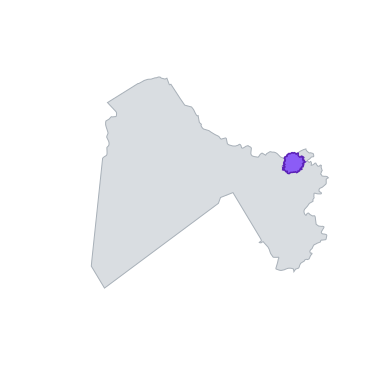 Sikasso, Sikasso, Mali (highlighted), rotated 239°
{"feature_id": "8926073B43266503533040", "entity_name": "Sikasso", "entity_type": "district", "adm_level": 2, "iso_a3": "MLI", "parent_name": "Mali", "parent_adm1": "Sikasso", "projection": "robinson", "projection_center": [-5.843, 11.532], "detail": "fine", "context": "in_parent", "style": "filled", "palette": "violet", "viewbox_px": 384, "rotation_deg": 239, "n_neighbors": 0, "source": "geoboundaries", "source_scale": "gbopen_adm2", "svg_char_len": 7976}
<svg xmlns="http://www.w3.org/2000/svg" viewBox="0 0 384 384"><g transform="rotate(239 192 192)"><path d="M84.0,278.6L84.1,277.3L83.1,276.5L83.1,276.0L83.7,272.4L83.6,271.4L84.0,269.6L83.4,268.7L83.3,268.1L81.7,265.8L81.3,263.7L80.5,262.4L78.7,262.0L78.0,263.1L77.6,263.3L76.9,262.5L76.7,261.8L76.7,261.2L74.4,258.0L74.5,256.3L75.4,255.4L75.7,253.9L74.9,252.3L75.0,250.6L74.9,248.4L73.6,246.4L72.7,245.5L71.9,244.2L72.5,241.0L71.2,238.3L73.7,239.3L75.0,238.3L76.1,237.0L77.1,235.2L77.6,232.9L77.8,231.0L78.9,227.9L80.1,226.5L82.7,224.4L83.4,224.6L87.5,229.1L89.9,231.3L90.7,232.5L91.5,232.6L92.7,230.4L93.9,228.5L94.4,228.0L98.6,227.7L100.8,228.1L102.7,228.6L105.5,228.8L112.8,227.4L112.9,226.5L112.8,225.4L113.1,224.6L113.7,223.9L114.2,223.7L114.4,226.3L115.0,226.6L116.7,226.8L170.4,226.8L172.6,213.6L168.7,208.8L154.7,67.5L180.3,67.5L184.7,70.7L267.0,132.8L267.4,134.8L267.4,137.5L268.0,138.4L269.2,139.3L273.9,141.9L274.2,142.5L274.4,143.6L275.0,144.9L276.0,145.7L277.1,146.3L278.5,146.7L282.8,147.1L283.7,147.7L285.5,150.2L286.5,150.7L292.2,152.0L294.1,152.6L296.1,153.8L297.2,154.8L297.2,158.6L298.0,161.1L298.0,161.8L297.1,162.8L296.9,163.5L295.9,165.5L296.1,166.3L298.1,167.8L299.1,168.2L300.2,168.2L312.2,165.6L312.8,201.6L312.4,202.2L312.2,208.6L311.3,212.3L309.8,215.1L308.9,219.2L308.3,220.0L307.9,222.4L307.0,223.8L305.5,224.3L302.7,227.0L302.5,229.1L296.0,227.9L295.6,228.0L295.3,228.2L295.2,229.4L278.4,230.0L270.2,230.5L265.1,235.4L261.8,235.8L257.6,235.4L255.4,235.4L254.6,235.7L254.4,236.6L247.8,234.1L245.3,234.9L244.9,234.6L244.6,234.1L243.3,233.8L241.4,233.9L240.1,234.3L235.9,238.1L233.6,239.1L229.4,241.3L226.4,243.3L225.3,243.7L223.7,243.8L222.3,244.2L221.1,248.6L220.3,249.0L215.2,247.2L214.2,247.5L213.3,248.0L210.5,250.6L209.1,252.7L208.4,255.4L208.5,257.2L208.0,257.7L206.7,257.9L204.4,257.3L203.7,257.6L203.3,258.9L203.4,261.9L202.9,263.9L201.5,264.5L200.4,265.3L199.6,265.5L198.9,265.4L194.8,262.3L193.4,261.9L191.9,262.2L190.4,263.5L187.8,266.6L188.1,267.7L188.8,269.0L189.3,270.6L189.3,272.1L185.6,274.1L186.4,275.6L186.4,279.7L184.6,281.6L184.0,282.8L182.4,284.1L180.9,284.8L176.4,285.9L174.6,287.2L173.7,288.3L173.5,289.4L173.7,290.7L174.6,293.4L174.3,295.8L173.6,298.7L172.9,300.0L170.7,301.4L171.1,303.3L171.2,306.0L170.9,309.4L170.3,311.8L169.8,311.5L167.7,311.6L165.5,312.4L164.8,313.0L164.6,313.8L162.7,315.6L161.5,315.5L160.3,315.0L159.7,314.5L159.7,314.2L160.4,312.7L160.4,312.2L159.7,309.5L159.8,308.9L159.6,306.9L159.4,306.8L157.0,307.6L156.9,308.0L157.2,309.3L157.0,309.5L156.1,309.5L154.9,309.1L153.6,307.9L153.3,308.3L153.1,309.2L153.0,310.3L153.4,312.3L153.0,313.0L151.0,312.9L149.2,313.2L148.8,313.9L148.6,314.7L149.0,315.6L149.0,315.9L148.3,316.5L147.9,316.5L147.0,315.5L143.2,314.6L142.8,313.2L142.4,313.2L141.2,311.5L140.7,311.6L140.2,311.8L138.8,311.7L137.5,313.2L136.5,314.9L135.5,315.8L133.9,316.2L134.1,315.1L133.7,313.5L130.4,311.6L129.8,310.8L129.0,306.3L129.1,305.0L129.3,303.9L129.2,303.0L128.8,302.3L127.8,301.6L126.8,301.3L125.5,302.2L124.9,302.4L124.3,302.3L124.0,302.0L124.0,301.5L125.4,299.2L126.1,298.2L127.5,297.0L127.9,296.4L127.9,296.0L127.8,295.7L126.9,295.2L125.4,294.1L124.7,294.0L124.0,293.5L123.3,291.8L123.0,291.5L122.3,291.3L121.7,290.9L121.8,286.7L120.4,283.6L119.2,279.6L118.5,278.6L117.4,277.8L116.0,277.3L114.7,277.2L113.3,277.6L113.4,278.0L114.1,279.2L114.3,279.9L114.1,280.6L113.9,281.1L112.0,281.5L109.4,283.0L108.6,284.7L108.0,284.9L107.0,284.7L100.4,281.8L97.6,283.0L95.7,285.5L95.3,286.4L94.4,287.1L94.0,287.1L93.5,286.6L91.5,282.8L90.7,281.9L89.7,281.9L88.7,282.5L87.8,283.8L86.6,285.0L85.9,285.3L85.2,285.1L82.5,282.6L82.3,282.0L83.6,279.0L84.0,278.6Z" fill="#d9dde1" stroke="#a8b0b8" stroke-width="1"/><path d="M155.2,291.4L155.0,291.5L154.7,291.7L154.7,291.8L154.8,292.0L154.7,292.2L154.6,292.3L154.6,292.7L154.6,293.0L154.8,293.3L154.8,293.5L155.2,293.6L155.1,293.8L155.1,294.0L155.0,294.5L154.7,294.7L154.7,295.0L154.8,295.2L155.1,295.3L155.4,295.6L155.5,295.8L155.4,296.0L155.5,296.4L155.3,296.8L155.2,296.9L155.2,297.0L155.0,297.4L154.9,297.9L155.0,298.0L155.3,298.0L155.4,297.9L155.4,297.5L155.6,297.2L155.8,297.1L156.0,297.0L156.2,296.9L156.4,297.1L156.4,297.4L156.3,297.5L156.3,297.8L156.2,298.0L156.2,298.3L156.3,298.4L156.3,298.5L156.5,298.7L156.7,298.8L156.8,299.0L157.0,299.4L156.8,299.9L156.7,300.0L156.6,299.9L156.5,300.0L156.8,300.4L157.1,300.3L157.3,300.4L157.4,300.6L157.5,300.8L157.2,301.0L157.3,301.1L157.6,301.0L157.7,300.9L157.8,300.9L158.0,301.0L158.0,301.3L157.9,301.4L157.9,301.6L158.0,301.7L158.1,301.8L158.2,301.7L158.4,301.5L158.5,301.5L158.4,301.9L158.4,302.0L158.5,302.0L158.9,302.1L158.8,302.4L158.9,302.5L159.1,302.5L159.4,302.2L159.4,302.4L159.5,302.5L159.5,302.8L159.7,303.0L159.7,303.3L159.5,303.6L159.5,303.8L159.4,304.0L159.4,304.3L159.5,304.4L159.5,304.5L159.6,304.4L159.9,304.0L160.0,304.1L160.0,304.3L160.4,304.3L160.5,304.2L160.3,304.1L160.5,304.0L160.8,304.1L160.8,304.3L161.0,304.3L161.2,304.2L161.4,304.2L161.5,304.4L161.7,304.2L161.9,304.1L161.9,303.9L161.9,303.6L162.1,303.7L162.3,303.6L162.5,303.7L162.8,303.7L162.8,303.9L162.8,304.1L163.0,304.1L163.3,304.1L163.5,304.2L163.5,304.3L163.4,304.3L163.5,304.4L163.6,304.6L163.8,304.6L163.8,304.8L163.9,304.7L164.1,304.7L164.2,304.8L164.2,305.0L164.5,304.8L164.6,304.6L164.8,304.4L165.0,304.5L165.1,304.4L165.2,304.5L165.2,304.8L165.2,305.1L165.5,304.9L165.7,304.5L166.1,304.6L166.4,304.2L166.3,303.6L166.2,303.3L166.3,302.5L166.4,302.3L166.6,302.2L167.7,301.9L168.7,301.8L168.9,301.9L169.1,302.1L169.3,302.2L169.7,302.5L169.8,302.5L170.0,302.7L170.4,303.0L170.6,303.0L170.7,302.7L170.6,302.4L170.7,302.6L170.8,302.5L170.9,302.3L171.0,302.0L170.9,301.9L170.8,301.5L170.8,300.8L171.1,300.8L172.3,300.4L172.6,300.2L172.9,300.1L173.1,299.9L173.2,299.7L173.1,299.0L173.2,298.8L173.2,298.7L173.6,298.4L174.1,298.2L174.3,297.8L174.2,296.5L174.2,296.2L174.3,295.8L174.4,295.6L174.6,295.5L174.8,295.3L174.8,295.2L175.0,295.1L175.1,294.9L175.0,294.7L174.9,294.5L174.9,294.3L175.0,294.1L174.9,293.8L174.9,293.6L175.0,293.5L175.0,293.4L174.9,293.1L174.8,292.9L174.8,292.5L174.7,292.3L174.6,292.2L174.4,292.0L174.1,292.0L173.9,292.1L173.7,291.9L173.6,291.6L173.8,291.4L173.9,291.2L174.1,290.8L174.0,290.5L174.0,290.4L174.1,290.0L174.1,289.9L174.2,289.6L174.1,289.4L173.9,289.5L173.8,289.4L173.7,289.3L173.8,289.3L173.8,289.2L173.7,289.2L173.5,288.9L173.3,288.9L173.2,288.7L173.1,288.8L173.0,288.7L172.9,288.7L172.8,288.8L172.7,288.7L172.4,288.6L172.2,288.5L172.2,288.4L171.9,288.3L171.6,288.5L171.5,288.4L171.3,288.3L171.4,288.2L171.4,287.9L171.2,287.8L170.8,287.7L170.8,287.4L170.7,287.4L170.4,287.4L170.4,287.2L170.5,286.9L170.4,286.6L170.2,286.6L170.2,286.4L170.2,286.2L169.9,286.1L169.9,285.9L169.7,285.9L169.5,285.7L169.3,285.5L169.2,285.6L169.2,285.8L168.9,285.7L168.8,285.8L168.7,285.8L168.7,285.7L168.8,285.6L168.7,285.2L168.5,285.3L168.5,285.6L168.3,285.6L168.3,285.4L168.2,285.0L167.9,285.0L167.7,285.2L167.7,284.9L167.5,284.4L167.5,284.2L167.3,284.4L167.3,284.5L167.2,284.5L166.8,284.4L166.7,284.3L166.3,284.5L166.2,284.6L165.7,284.6L165.5,284.4L165.3,284.0L165.2,283.9L165.2,283.6L165.2,283.4L165.4,283.3L165.5,283.3L165.7,283.5L165.8,283.5L165.9,283.4L165.7,283.2L165.8,283.1L166.0,282.8L166.3,282.8L166.4,282.6L166.2,282.6L166.1,282.3L166.0,282.2L165.9,282.1L165.6,282.0L165.3,282.0L165.2,282.0L165.0,281.9L164.7,281.9L164.8,281.6L164.7,281.5L164.6,281.4L164.5,281.6L164.4,281.4L164.2,281.4L164.2,281.6L164.1,281.4L163.8,281.5L163.7,282.7L162.8,282.7L161.9,282.9L161.3,282.8L160.9,283.3L161.0,284.0L160.8,284.3L160.3,284.2L159.8,283.5L158.8,283.6L158.4,283.9L158.3,284.1L158.2,284.1L158.0,284.4L157.7,284.8L157.7,285.0L157.8,285.4L157.8,285.6L158.0,286.0L157.9,286.1L158.0,286.4L158.0,286.6L157.8,286.8L157.7,287.0L157.6,287.3L157.4,287.7L157.2,287.9L157.1,288.1L157.0,288.4L156.9,288.6L156.9,288.8L156.8,289.2L156.7,289.2L156.4,289.5L156.2,290.0L156.1,290.4L156.2,290.5L156.1,290.9L156.1,291.0L155.9,291.3L155.5,291.4L155.2,291.4Z" fill="#8b5cf6" stroke="#5b21b6" stroke-width="1.5"/></g></svg>